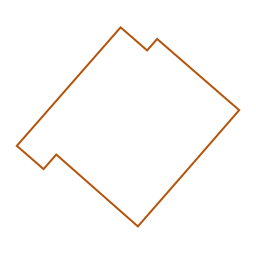 Calhoun, Iowa, United States of America (Robinson projection), rotated 311°
{"feature_id": "52423323B65243401822289", "entity_name": "Calhoun", "entity_type": "district", "adm_level": 2, "iso_a3": "USA", "parent_name": "United States of America", "parent_adm1": "Iowa", "projection": "robinson", "projection_center": [-94.625, 42.385], "detail": "fine", "context": "isolated", "style": "outline", "palette": "amber", "viewbox_px": 256, "rotation_deg": 311, "n_neighbors": 0, "source": "geoboundaries", "source_scale": "gbopen_adm2", "svg_char_len": 276}
<svg xmlns="http://www.w3.org/2000/svg" viewBox="0 0 256 256"><g transform="rotate(311 128 128)"><path d="M214.4,200.2L214.3,91.6L199.1,91.5L199.1,56.4L41.6,55.8L41.6,91.2L60.9,91.3L60.2,200.0L137.0,200.2L214.4,200.2Z" fill="none" stroke="#b45309" stroke-width="2"/></g></svg>